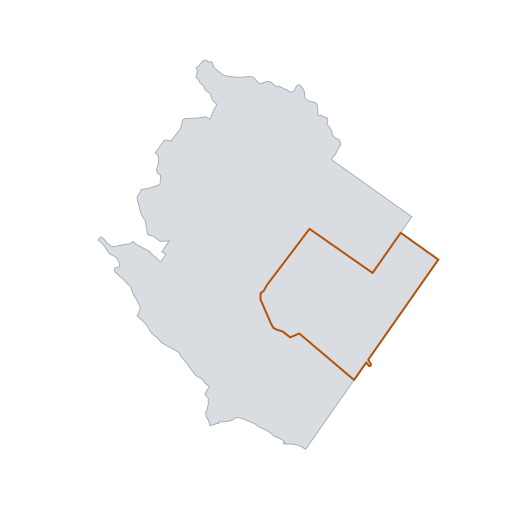 Northern on a map of Sudan (Natural Earth projection), rotated 125°
{"feature_id": "SDN-878", "entity_name": "Northern", "entity_type": "State", "adm_level": 1, "iso_a3": "SDN", "parent_name": "Sudan", "parent_adm1": "", "projection": "natural_earth1", "projection_center": [29.004, 19.383], "detail": "fine", "context": "in_parent", "style": "outline", "palette": "amber", "viewbox_px": 512, "rotation_deg": 125, "n_neighbors": 0, "source": "natural_earth", "source_scale": "10m", "svg_char_len": 5349}
<svg xmlns="http://www.w3.org/2000/svg" viewBox="0 0 512 512"><g transform="rotate(125 256 256)"><path d="M333.4,394.4L329.7,394.4L329.3,393.4L329.3,390.6L329.8,388.5L331.1,385.2L330.8,383.4L331.0,380.8L330.0,377.8L321.0,369.3L319.3,366.9L314.5,364.8L315.3,362.4L313.3,344.9L314.3,342.9L314.5,339.9L314.5,337.2L315.6,332.7L315.7,330.8L306.3,330.7L306.2,332.6L306.6,334.8L306.6,335.6L293.5,335.7L298.7,342.5L299.0,345.5L298.7,349.3L298.8,351.7L299.1,353.2L300.5,356.3L300.4,356.9L300.1,357.6L290.8,366.7L289.2,370.9L288.0,373.2L285.3,376.9L276.8,386.6L275.4,387.3L268.9,387.6L268.3,387.9L267.7,388.3L267.5,388.2L261.9,382.5L252.5,375.6L246.4,379.2L244.7,380.5L244.6,383.8L243.7,385.5L242.0,387.3L237.5,388.5L235.1,389.5L232.2,391.4L229.5,394.5L229.3,396.1L229.6,397.6L213.8,397.5L212.7,396.3L210.4,391.2L208.8,391.5L194.4,390.9L192.4,391.5L188.3,393.6L186.2,393.9L184.1,392.9L176.5,382.8L174.9,381.6L173.2,379.2L171.6,378.1L171.0,377.3L170.8,376.2L170.9,374.0L170.4,372.6L169.2,372.3L159.0,374.7L157.5,374.4L155.4,374.8L154.7,375.2L153.8,376.6L153.6,379.3L153.4,380.7L152.6,382.3L149.7,385.7L149.0,387.2L149.2,391.0L149.0,392.9L148.5,393.8L147.3,395.3L146.8,396.1L146.3,401.0L144.7,403.9L144.3,404.9L144.2,407.0L143.9,407.7L139.3,409.4L137.6,410.4L136.6,412.1L136.3,412.8L134.3,412.2L131.8,411.8L127.0,411.3L125.1,410.5L124.2,409.3L124.5,406.4L124.0,405.8L123.3,405.2L122.7,404.0L122.9,402.4L125.4,399.0L125.9,397.2L126.6,388.7L126.5,386.1L124.5,381.3L119.9,373.1L118.8,371.4L113.0,364.7L112.4,363.6L111.0,360.8L112.6,354.5L112.7,352.8L112.3,351.0L110.8,349.6L109.5,349.5L107.8,347.8L106.7,347.0L105.7,345.5L105.1,343.5L105.6,336.1L105.3,335.1L103.8,334.8L103.5,334.3L103.5,332.8L102.8,328.6L101.9,325.1L102.4,323.2L101.2,320.6L98.8,319.4L94.2,320.3L92.8,320.2L91.8,319.7L91.1,318.7L90.8,317.6L91.1,315.9L92.4,312.7L94.1,310.1L97.4,307.8L98.3,306.5L98.8,305.1L98.9,303.5L98.7,301.8L98.4,300.3L97.4,298.3L96.5,295.9L96.5,294.3L96.9,293.1L97.8,291.7L101.1,289.0L104.5,286.7L105.1,285.9L104.9,284.9L103.4,283.1L102.9,279.4L102.1,276.9L103.8,275.0L105.1,274.3L107.0,273.7L107.8,272.9L108.0,271.4L108.0,269.9L108.7,268.9L109.7,266.5L110.5,265.5L113.0,262.8L113.6,261.0L113.8,259.3L113.1,254.2L114.6,252.0L116.5,250.3L119.3,250.4L123.5,250.0L126.4,249.3L128.4,249.3L133.1,250.2L133.6,249.8L133.8,248.5L134.5,150.9L153.8,150.9L154.0,150.7L154.4,104.6L275.7,104.6L276.7,104.4L278.6,100.1L279.4,99.8L280.6,100.0L281.0,101.0L280.1,104.6L385.9,104.5L386.2,109.8L387.1,114.0L390.2,120.1L392.8,123.3L393.8,125.1L393.9,126.0L393.8,126.7L393.0,125.8L391.7,125.2L391.5,128.1L392.2,133.9L393.3,137.9L392.6,141.7L392.8,148.0L394.3,155.6L394.1,160.5L396.4,171.8L398.6,178.1L399.9,179.7L401.2,180.5L403.8,181.0L407.6,184.3L410.6,187.6L411.7,189.4L413.1,191.3L414.1,191.0L414.7,190.5L415.7,192.0L420.5,195.4L421.2,197.0L419.5,198.5L417.6,201.2L416.7,203.7L416.2,204.4L414.6,206.0L414.4,206.7L413.7,207.2L413.0,207.2L411.4,208.1L409.9,207.8L408.4,208.3L407.9,208.9L406.7,209.4L405.2,209.7L402.7,211.7L400.6,212.8L399.9,213.6L398.8,217.7L398.0,218.8L394.8,218.9L393.2,219.3L391.1,218.8L390.1,218.9L389.8,219.8L389.5,223.3L389.5,224.9L387.8,228.9L388.4,236.5L386.7,242.2L386.5,243.5L384.8,248.0L383.9,249.7L381.7,258.1L380.9,260.7L379.1,263.5L381.2,283.7L379.6,289.9L379.7,293.3L378.6,298.3L377.8,300.6L376.4,303.4L375.2,306.5L374.2,310.6L373.5,318.3L373.2,319.1L367.5,320.0L365.8,320.6L364.6,321.4L363.1,323.4L360.3,328.9L358.8,332.2L356.4,336.8L353.6,340.1L353.1,341.6L352.6,344.6L351.6,349.2L350.7,352.5L350.9,355.2L350.0,359.8L350.2,362.0L349.2,363.3L347.9,364.5L347.0,364.8L343.1,361.7L340.3,363.8L338.6,366.8L337.2,369.8L338.0,376.2L338.0,377.6L337.6,379.1L335.0,385.4L334.2,388.2L333.4,393.2L333.4,394.4Z" fill="#d9dde1" stroke="#a8b0b8" stroke-width="1"/><path d="M280.1,104.6L281.2,104.6L281.8,104.6L283.7,104.6L285.7,104.6L287.7,104.6L289.7,104.6L291.7,104.6L293.7,104.6L295.7,104.6L297.7,104.6L299.7,104.6L301.3,104.6L294.7,175.9L294.7,176.0L294.8,176.2L302.9,181.2L302.9,181.3L303.0,181.5L302.6,191.0L304.6,197.3L304.6,198.4L305.0,200.2L302.9,204.8L288.7,227.9L288.0,228.1L283.8,230.9L281.0,229.9L280.0,229.7L273.2,230.4L203.1,227.7L203.0,150.8L154.4,150.8L154.1,150.6L154.1,148.0L154.1,145.8L154.1,143.6L154.1,141.4L154.1,139.2L154.2,136.3L154.2,133.4L154.2,130.6L154.2,127.7L154.2,124.8L154.3,121.9L154.3,119.0L154.3,116.1L154.3,113.2L154.3,110.3L154.4,107.5L154.4,104.6L156.3,104.6L158.2,104.6L160.1,104.6L162.0,104.6L163.9,104.6L165.8,104.6L167.7,104.6L169.6,104.6L171.4,104.6L173.3,104.6L175.2,104.6L177.1,104.6L179.0,104.6L180.9,104.6L182.8,104.6L184.7,104.6L186.6,104.6L188.5,104.6L190.4,104.6L192.3,104.6L194.2,104.6L196.1,104.6L198.0,104.6L199.9,104.6L201.8,104.6L203.7,104.6L205.6,104.6L207.5,104.6L209.4,104.6L211.2,104.6L213.1,104.6L215.0,104.6L216.9,104.6L218.8,104.6L220.7,104.6L222.6,104.6L224.5,104.6L226.4,104.6L228.3,104.6L230.2,104.6L232.1,104.6L234.0,104.6L235.9,104.6L237.8,104.6L239.7,104.6L241.6,104.6L243.5,104.6L245.4,104.6L247.3,104.6L249.2,104.6L251.0,104.6L252.9,104.6L254.8,104.6L256.7,104.6L258.6,104.6L260.5,104.6L262.4,104.6L264.3,104.6L266.2,104.6L268.1,104.6L270.0,104.6L271.9,104.6L273.8,104.6L275.7,104.6L276.4,104.6L276.7,104.4L277.6,102.2L278.6,100.1L279.1,99.5L279.4,99.3L279.8,99.2L280.2,99.3L280.5,99.5L281.0,99.9L281.2,100.4L281.1,101.0L280.7,102.5L280.1,104.6Z" fill="none" stroke="#b45309" stroke-width="2"/></g></svg>